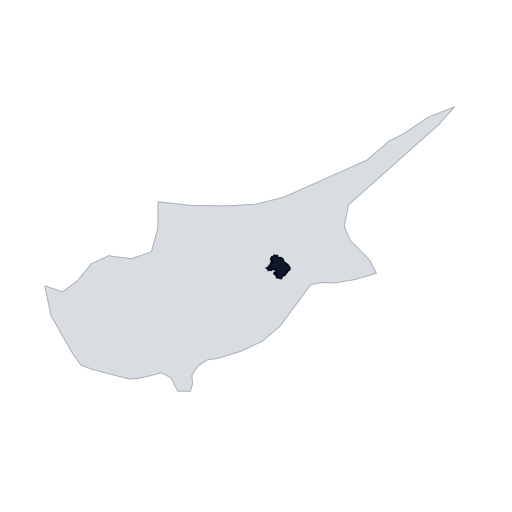 location of Athienou, Larnaca, Cyprus, rotated 354°
{"feature_id": "46923920B40180058129311", "entity_name": "Athienou", "entity_type": "district", "adm_level": 2, "iso_a3": "CYP", "parent_name": "Cyprus", "parent_adm1": "Larnaca", "projection": "natural_earth1", "projection_center": [33.526, 35.059], "detail": "fine", "context": "in_parent", "style": "filled", "palette": "ink", "viewbox_px": 512, "rotation_deg": 354, "n_neighbors": 0, "source": "geoboundaries", "source_scale": "gbopen_adm2", "svg_char_len": 3645}
<svg xmlns="http://www.w3.org/2000/svg" viewBox="0 0 512 512"><g transform="rotate(354 256 256)"><path d="M368.8,272.4L373.9,285.8L352.3,289.7L330.8,291.0L318.7,289.3L307.5,290.1L272.5,328.3L253.6,341.3L231.2,349.1L208.4,353.7L196.9,354.2L186.8,359.1L179.7,367.9L179.5,376.6L176.5,383.7L163.9,382.2L158.7,368.3L149.8,362.3L127.6,365.4L116.8,365.0L81.3,351.7L70.6,346.3L64.0,334.9L45.9,294.0L42.9,263.7L59.9,271.4L75.8,262.0L91.2,246.6L109.4,240.3L120.8,243.1L132.1,245.7L152.5,240.8L161.3,218.0L164.2,191.8L198.6,199.3L233.4,203.2L262.0,204.5L290.1,200.3L376.2,172.3L400.5,155.5L415.6,149.8L441.8,136.0L469.1,128.3L451.6,144.3L353.3,214.8L346.9,235.7L351.3,250.2L365.2,267.8L368.8,272.4Z" fill="#d9dde1" stroke="#a8b0b8" stroke-width="1"/><path d="M275.5,257.6L275.1,257.6L274.8,257.5L274.7,257.2L274.4,257.2L273.8,257.3L273.5,257.7L273.1,258.2L272.1,258.7L271.5,258.5L270.9,259.6L270.2,260.4L270.5,261.0L270.7,261.3L270.9,261.5L271.3,261.8L271.3,262.2L271.0,262.1L270.8,262.3L271.0,262.5L271.0,262.9L270.7,262.7L270.6,263.0L271.0,263.2L271.5,262.9L271.7,263.0L271.4,263.3L271.3,264.0L271.4,264.5L270.8,264.6L270.5,264.1L270.4,264.1L269.6,264.7L269.6,265.8L269.1,266.8L269.6,267.0L269.5,267.4L269.5,267.5L269.2,267.3L268.5,266.8L268.5,267.1L268.5,267.3L268.3,267.4L267.7,267.6L267.3,268.4L267.2,268.4L267.0,268.5L267.0,268.8L266.9,268.9L266.4,269.0L266.2,268.9L266.1,268.7L265.8,269.0L265.9,269.3L265.2,269.3L265.7,269.8L265.8,269.8L265.9,269.7L266.5,269.6L267.4,269.2L267.4,269.3L267.3,269.5L267.3,269.8L267.0,270.2L266.6,270.5L266.7,271.2L266.7,271.5L267.1,271.3L267.3,271.4L267.3,271.6L267.7,271.6L267.9,271.5L268.0,271.4L268.4,271.5L268.6,271.4L268.8,271.4L269.3,271.4L269.4,271.5L269.4,272.0L269.4,272.4L269.5,272.2L269.7,271.8L269.9,271.6L270.1,271.3L270.5,271.2L270.8,271.1L270.9,270.9L271.1,270.8L271.5,270.6L271.6,270.4L272.3,271.1L272.6,271.3L272.9,271.7L273.2,271.7L273.4,271.8L273.5,272.0L273.6,271.9L273.8,271.8L274.0,272.1L274.0,272.3L274.2,272.6L274.3,272.9L274.4,273.3L274.5,273.6L274.5,273.9L274.5,274.2L274.5,274.4L274.8,274.6L274.5,274.9L274.1,274.9L274.0,274.7L273.8,274.7L273.7,274.6L273.3,274.6L273.1,274.5L272.8,274.4L272.5,274.7L272.4,274.9L272.3,274.7L272.1,275.2L272.2,275.6L272.4,275.5L272.7,275.5L273.0,275.4L273.6,275.5L273.6,275.8L273.6,276.0L273.3,276.4L273.0,276.5L273.4,277.1L273.8,277.4L274.2,277.8L274.4,277.9L274.2,278.1L274.4,278.6L274.7,279.0L274.2,279.1L274.1,279.4L274.3,279.6L274.5,279.7L274.8,279.7L274.9,279.9L275.1,279.9L275.3,279.8L275.5,279.9L275.9,279.9L276.3,280.0L276.5,280.3L277.0,280.5L277.2,280.4L277.4,280.7L277.7,280.8L277.8,281.0L278.0,281.0L278.3,281.0L278.5,281.1L278.8,281.1L279.0,280.9L279.4,280.6L279.5,280.3L279.6,280.1L279.7,279.7L279.9,279.2L280.1,278.7L280.5,278.6L281.0,278.6L281.8,278.4L282.1,278.2L282.5,278.2L283.2,277.8L283.5,277.4L283.6,277.1L283.7,276.7L284.0,276.3L284.2,276.1L284.5,276.0L284.8,275.8L285.0,275.8L285.3,275.3L285.6,274.8L286.1,274.3L286.2,274.0L286.4,274.1L287.0,273.9L287.4,273.7L288.0,273.4L288.2,273.0L288.2,272.9L288.3,272.5L288.5,272.1L288.5,271.8L288.5,271.5L288.1,270.6L287.9,270.0L287.8,269.7L287.3,269.0L286.8,268.0L286.5,267.5L286.0,267.5L285.5,267.1L285.1,266.3L284.5,265.8L283.7,265.6L283.4,265.5L283.2,264.3L283.0,263.8L282.8,262.7L282.6,262.1L282.3,261.8L282.2,261.5L282.0,261.4L281.9,261.4L281.8,261.0L281.5,260.9L281.3,260.7L281.1,260.6L280.8,260.4L280.7,260.3L280.3,260.1L279.9,260.2L279.6,260.1L279.2,260.0L278.9,260.0L278.5,260.2L278.3,260.1L278.0,260.0L277.8,259.7L277.4,259.5L277.4,258.6L277.4,258.2L277.5,258.0L277.2,257.6L276.4,257.8L276.1,258.2L275.6,257.6L275.5,257.6Z" fill="#0f172a" stroke="#020617" stroke-width="1.5"/></g></svg>